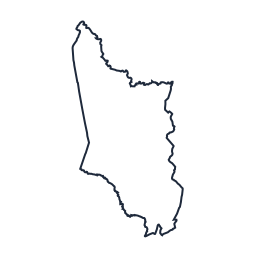 outline of Chiradzulu, Chiradzulu, Malawi, rotated 176°
{"feature_id": "42251766B78568245260433", "entity_name": "Chiradzulu", "entity_type": "district", "adm_level": 2, "iso_a3": "MWI", "parent_name": "Malawi", "parent_adm1": "Chiradzulu", "projection": "albers", "projection_center": [35.198, -15.762], "detail": "fine", "context": "isolated", "style": "outline", "palette": "slate", "viewbox_px": 256, "rotation_deg": 176, "n_neighbors": 0, "source": "geoboundaries", "source_scale": "gbopen_adm2", "svg_char_len": 5762}
<svg xmlns="http://www.w3.org/2000/svg" viewBox="0 0 256 256"><g transform="rotate(176 128 128)"><path d="M89.1,171.0L90.4,171.3L91.7,171.3L92.1,171.2L92.3,170.4L92.5,170.1L93.8,169.9L94.8,169.3L94.9,168.9L95.3,168.9L95.8,169.6L95.6,170.4L95.8,170.8L96.6,171.1L96.9,170.9L97.3,171.1L97.2,171.5L97.6,171.7L99.3,171.8L100.7,173.0L100.7,172.1L100.9,171.8L101.7,171.2L102.5,170.9L103.3,171.1L104.5,170.0L105.0,170.0L105.3,170.3L106.1,170.5L106.5,170.4L108.0,169.7L108.8,169.9L109.2,170.1L109.2,170.6L108.7,171.7L109.0,171.9L109.8,172.1L111.6,171.4L112.1,171.4L112.5,171.5L112.7,171.9L112.8,173.1L113.2,173.3L113.6,173.2L113.9,172.0L114.1,171.7L114.6,171.6L115.8,171.9L116.7,171.8L116.9,171.5L116.7,170.7L117.6,170.7L117.9,169.9L118.6,169.5L118.7,169.1L120.7,169.3L121.5,169.6L122.2,169.4L122.5,171.1L123.1,172.2L123.0,172.6L122.7,173.0L121.3,173.7L121.7,174.4L121.0,176.4L121.1,176.9L121.4,177.5L122.1,178.0L123.3,177.9L124.1,178.3L124.4,178.6L124.8,179.3L125.3,180.9L124.4,182.3L124.4,182.8L124.7,184.4L125.2,185.1L125.8,185.6L126.2,185.5L126.5,184.7L126.8,184.4L128.0,184.3L128.4,184.4L128.8,185.1L129.3,185.6L130.1,185.5L131.1,184.9L131.5,185.0L132.1,185.5L135.4,186.2L136.8,187.0L141.2,188.4L141.4,188.8L141.0,190.0L141.4,191.2L142.2,191.6L142.9,191.1L143.4,191.0L144.6,192.8L145.2,193.3L145.3,193.7L145.1,194.1L144.1,195.0L143.7,195.7L143.6,196.5L144.4,196.8L145.6,196.5L146.0,196.7L146.4,197.5L148.0,199.6L148.5,200.2L149.3,200.5L149.6,200.8L148.5,201.6L148.1,202.8L147.5,203.4L147.5,203.9L148.0,204.5L148.8,205.9L149.1,206.7L149.1,211.2L148.7,212.5L149.6,213.4L149.8,215.0L148.7,216.8L148.6,217.6L148.8,218.4L149.1,218.7L149.5,218.8L150.7,218.5L152.3,218.8L153.4,219.4L153.7,219.8L152.4,219.9L152.2,220.3L152.5,222.0L153.6,222.6L154.1,223.7L154.9,224.2L155.9,224.3L157.0,225.3L157.5,226.0L159.0,228.9L160.3,230.6L160.7,230.7L162.3,230.6L162.7,230.8L162.3,233.2L162.5,233.6L162.9,233.8L164.6,234.0L165.3,234.4L165.2,234.7L164.5,235.3L164.4,235.7L164.6,236.5L165.1,237.2L165.5,237.3L166.3,237.4L168.2,236.4L170.2,233.9L171.1,233.3L171.5,232.2L172.5,230.9L172.5,230.2L170.9,229.0L169.6,228.7L169.2,228.3L169.2,227.0L169.9,225.4L170.9,223.6L171.2,222.4L172.2,221.2L172.8,220.1L173.1,218.9L176.3,215.0L177.2,213.5L177.5,212.7L177.7,211.5L177.7,199.5L177.3,196.9L177.2,194.1L175.3,177.1L174.9,176.7L174.8,176.0L174.2,167.7L172.3,150.3L170.6,136.0L169.2,126.1L169.1,122.8L167.9,116.1L171.9,105.9L172.5,104.9L178.5,90.6L177.4,90.1L177.3,89.3L177.0,89.1L175.2,88.9L174.9,88.6L174.9,88.2L174.6,87.9L174.4,87.3L173.8,86.8L172.9,86.8L172.3,87.2L171.9,87.0L171.3,85.2L170.9,85.0L170.1,85.3L168.9,84.9L168.1,85.0L166.0,84.2L165.0,84.1L163.5,83.5L162.7,83.7L162.2,83.1L161.9,83.6L161.6,83.3L161.1,83.3L160.3,83.6L159.1,83.2L158.5,82.6L157.7,82.4L157.1,81.8L156.3,81.9L156.2,81.5L156.4,81.1L156.2,80.7L155.8,80.6L155.5,80.3L155.4,79.9L154.6,80.2L154.3,79.9L154.1,78.9L153.3,78.9L152.9,78.7L152.5,77.9L152.2,77.7L152.0,77.1L152.0,76.0L151.8,75.7L151.4,75.6L150.7,74.6L149.5,74.2L147.8,73.0L146.1,71.0L145.7,70.8L145.5,70.4L145.4,69.6L145.7,68.8L145.7,67.5L145.9,67.2L145.8,66.8L145.1,66.3L145.2,65.9L144.4,65.6L143.8,64.5L143.1,64.9L142.8,64.6L143.2,64.5L143.5,64.2L142.7,62.6L142.4,62.3L143.0,61.2L142.8,60.8L142.0,60.4L141.6,59.2L141.5,57.5L141.2,56.7L141.0,55.5L140.3,55.0L140.9,54.4L141.0,52.8L139.8,53.2L139.4,53.0L139.6,52.6L138.7,52.6L138.4,52.3L138.5,51.5L139.1,50.4L138.7,50.3L138.6,49.9L139.0,49.3L138.5,48.6L138.5,47.8L138.8,47.6L138.1,47.3L137.8,46.6L137.4,46.3L137.2,46.0L136.6,45.4L136.8,44.6L136.7,43.4L136.0,43.0L135.6,42.1L135.1,41.5L134.7,41.6L134.4,41.3L134.7,41.0L134.6,40.6L133.9,40.9L133.5,40.8L133.2,40.5L133.3,40.1L132.9,40.0L132.4,39.4L132.0,39.3L131.5,40.0L130.7,40.1L130.5,40.5L130.6,40.9L130.2,40.8L130.3,40.4L130.0,40.2L129.6,40.2L129.3,40.5L128.9,40.7L128.5,40.7L127.7,40.3L127.3,40.3L127.2,40.7L124.3,39.9L122.1,38.8L121.7,38.8L121.0,38.2L120.6,38.2L120.4,37.9L119.3,37.2L118.9,37.1L118.1,37.1L117.6,36.5L117.4,35.3L117.2,35.0L117.4,33.7L117.0,33.4L117.0,33.0L117.6,32.4L118.3,30.0L117.9,29.3L117.8,28.4L117.6,28.1L116.8,27.9L116.3,27.6L115.8,26.4L115.7,25.6L116.2,24.4L116.1,23.5L117.0,22.7L117.7,20.6L118.7,19.2L118.7,18.9L118.4,18.7L117.2,19.0L114.0,20.4L110.9,21.4L110.4,21.5L110.0,21.3L109.0,20.5L108.5,20.4L108.2,20.7L106.3,24.9L105.2,28.6L104.7,29.3L104.3,29.5L103.9,29.4L103.5,28.4L102.9,27.7L102.7,26.9L101.6,25.6L102.8,23.7L103.2,21.2L103.1,20.7L102.7,20.3L102.1,19.2L101.8,18.9L101.3,18.6L100.9,19.3L100.1,19.8L95.5,21.2L93.7,22.5L92.6,23.1L91.0,23.4L90.6,23.6L90.5,24.0L90.2,24.3L89.8,24.3L87.9,25.3L88.5,29.1L87.8,30.2L86.3,31.8L86.0,32.5L86.1,33.1L86.8,33.1L88.0,33.5L88.7,33.4L85.0,39.2L82.6,44.7L81.7,45.7L80.4,50.4L79.4,55.5L78.7,57.6L77.7,63.1L77.7,64.0L78.9,65.3L80.6,67.7L82.2,69.1L83.7,71.2L84.4,71.9L85.5,72.4L86.0,73.2L87.2,73.6L87.6,74.4L87.5,75.7L86.8,77.3L86.8,77.7L86.2,78.8L84.9,80.6L84.6,81.8L84.7,82.2L85.0,82.4L84.9,82.8L84.0,83.6L83.9,84.8L83.6,86.0L86.4,89.8L87.8,90.8L88.7,91.6L89.4,92.7L89.6,93.5L88.6,94.9L88.0,96.3L86.2,97.6L85.6,98.3L85.3,99.5L85.7,101.2L85.7,102.0L85.3,104.1L83.8,106.6L83.8,107.0L90.1,115.4L90.1,115.7L89.6,116.7L89.7,117.8L89.3,118.7L88.9,119.1L87.5,119.6L87.0,120.4L86.3,120.7L85.8,120.5L83.7,121.2L83.0,121.7L82.1,123.1L82.0,123.5L82.2,123.9L82.2,124.7L81.7,125.9L81.5,126.2L81.7,126.5L83.0,127.2L83.3,131.2L83.6,132.0L84.0,132.4L84.2,133.4L84.6,133.9L84.7,135.2L84.5,136.4L82.9,138.9L83.7,140.0L85.5,141.6L86.5,141.1L86.9,140.6L89.7,143.6L89.7,145.2L89.0,149.2L88.8,152.6L85.8,155.0L82.8,162.5L82.4,164.0L82.4,166.1L81.4,167.5L81.7,167.8L81.7,168.0L81.1,168.4L80.5,169.5L80.3,171.0L80.8,171.1L81.5,170.6L81.9,170.5L82.3,169.8L82.7,169.6L83.5,169.4L83.9,169.5L84.4,170.6L84.8,170.7L85.7,169.7L86.1,169.5L86.9,169.8L89.1,171.0Z" fill="none" stroke="#1e293b" stroke-width="2"/></g></svg>